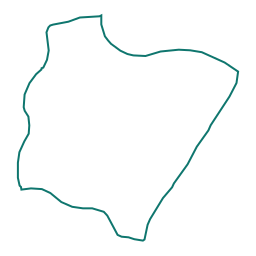 the district of Colotenango, Huehuetenango, Guatemala
{"feature_id": "79465075B36067757797746", "entity_name": "Colotenango", "entity_type": "district", "adm_level": 2, "iso_a3": "GTM", "parent_name": "Guatemala", "parent_adm1": "Huehuetenango", "projection": "mercator", "projection_center": [-91.718, 15.443], "detail": "fine", "context": "isolated", "style": "outline", "palette": "teal", "viewbox_px": 256, "rotation_deg": 0, "n_neighbors": 0, "source": "geoboundaries", "source_scale": "gbopen_adm2", "svg_char_len": 888}
<svg xmlns="http://www.w3.org/2000/svg" viewBox="0 0 256 256"><path d="M238.1,71.6L224.6,62.5L201.8,52.2L190.2,50.3L178.7,49.7L160.6,51.5L145.5,56.0L133.3,55.4L127.4,54.0L120.4,50.7L111.1,43.9L108.1,40.5L104.9,36.3L101.3,24.5L101.3,15.4L99.5,16.3L79.9,17.5L68.4,21.7L53.1,24.6L50.2,25.5L48.4,27.4L46.5,32.3L48.7,50.5L47.0,59.8L43.3,67.6L41.6,68.2L41.4,69.5L36.1,74.2L29.5,83.1L24.6,94.5L23.7,107.2L24.7,110.8L28.4,116.6L29.3,125.4L28.7,133.7L24.3,141.4L19.4,152.2L17.9,162.7L17.9,177.8L19.6,185.6L21.0,187.0L21.4,189.6L31.0,188.4L41.9,189.1L50.3,193.0L61.4,202.1L72.2,206.8L82.7,208.3L92.1,208.3L103.8,211.8L107.3,215.6L117.6,234.9L121.6,236.7L128.5,237.3L134.3,239.2L142.9,240.6L144.5,239.5L147.6,224.8L150.1,219.1L163.0,198.0L172.1,187.3L173.9,183.4L187.6,164.3L196.8,146.7L208.4,130.4L210.7,125.2L229.5,96.5L236.5,83.0L238.1,71.6Z" fill="none" stroke="#0f766e" stroke-width="2"/></svg>